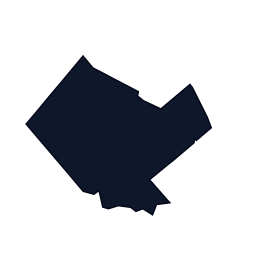 Carroll, Georgia, United States of America (Natural Earth projection), rotated 49°
{"feature_id": "52423323B2096739149856", "entity_name": "Carroll", "entity_type": "district", "adm_level": 2, "iso_a3": "USA", "parent_name": "United States of America", "parent_adm1": "Georgia", "projection": "natural_earth1", "projection_center": [-85.033, 33.619], "detail": "fine", "context": "isolated", "style": "filled", "palette": "ink", "viewbox_px": 256, "rotation_deg": 49, "n_neighbors": 0, "source": "geoboundaries", "source_scale": "gbopen_adm2", "svg_char_len": 641}
<svg xmlns="http://www.w3.org/2000/svg" viewBox="0 0 256 256"><g transform="rotate(49 128 128)"><path d="M44.2,114.7L48.8,143.0L49.2,145.4L51.5,160.3L51.8,162.5L54.9,181.0L58.2,202.3L119.9,202.9L146.4,203.3L155.6,197.2L156.1,191.0L159.6,192.7L171.1,198.9L176.1,195.7L180.2,186.3L189.6,178.0L196.1,176.7L198.6,169.8L209.6,166.4L204.4,156.7L211.8,145.5L207.8,145.6L205.1,145.6L187.1,145.7L181.1,145.7L181.8,120.2L182.1,115.9L182.4,87.9L179.5,84.4L182.2,84.5L182.4,65.0L171.7,61.1L139.3,52.8L135.8,52.7L135.6,65.3L135.2,90.7L117.5,98.5L110.2,99.8L107.3,96.4L59.6,115.1L44.2,114.7Z" fill="#0f172a" stroke="#020617" stroke-width="1.5"/></g></svg>